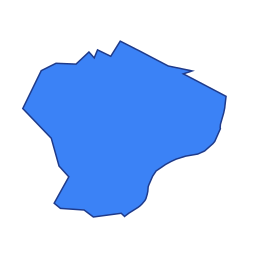 Oldham, Kentucky, United States of America, rotated 172°
{"feature_id": "52423323B72151792801838", "entity_name": "Oldham", "entity_type": "district", "adm_level": 2, "iso_a3": "USA", "parent_name": "United States of America", "parent_adm1": "Kentucky", "projection": "albers", "projection_center": [-85.487, 38.405], "detail": "fine", "context": "isolated", "style": "filled", "palette": "blue", "viewbox_px": 256, "rotation_deg": 172, "n_neighbors": 0, "source": "geoboundaries", "source_scale": "gbopen_adm2", "svg_char_len": 783}
<svg xmlns="http://www.w3.org/2000/svg" viewBox="0 0 256 256"><g transform="rotate(172 128 128)"><path d="M26.5,145.7L65.7,173.9L56.6,175.6L79.5,183.8L90.0,191.3L106.4,203.1L109.8,205.4L119.0,211.9L123.6,215.1L135.1,201.4L147.3,209.6L151.7,202.1L156.1,208.7L170.6,198.5L190.3,202.1L205.9,196.9L229.5,161.9L205.4,128.5L201.6,99.9L193.4,87.9L211.6,63.8L206.1,57.8L182.9,52.9L174.7,44.7L146.6,44.5L143.7,40.9L143.6,41.0L138.7,43.7L129.1,48.0L126.8,49.3L124.5,51.0L121.3,53.9L120.1,55.5L118.2,59.7L117.2,62.5L116.2,67.0L115.2,68.9L110.3,76.9L106.1,81.6L95.8,86.7L89.9,88.9L84.6,90.5L75.0,92.1L62.5,92.5L55.3,94.6L46.1,100.7L43.9,102.7L36.6,114.5L36.7,115.5L35.9,118.9L31.1,129.7L29.4,134.5L29.0,136.2L26.5,145.7L26.5,145.7Z" fill="#3b82f6" stroke="#1e3a8a" stroke-width="1.5"/></g></svg>